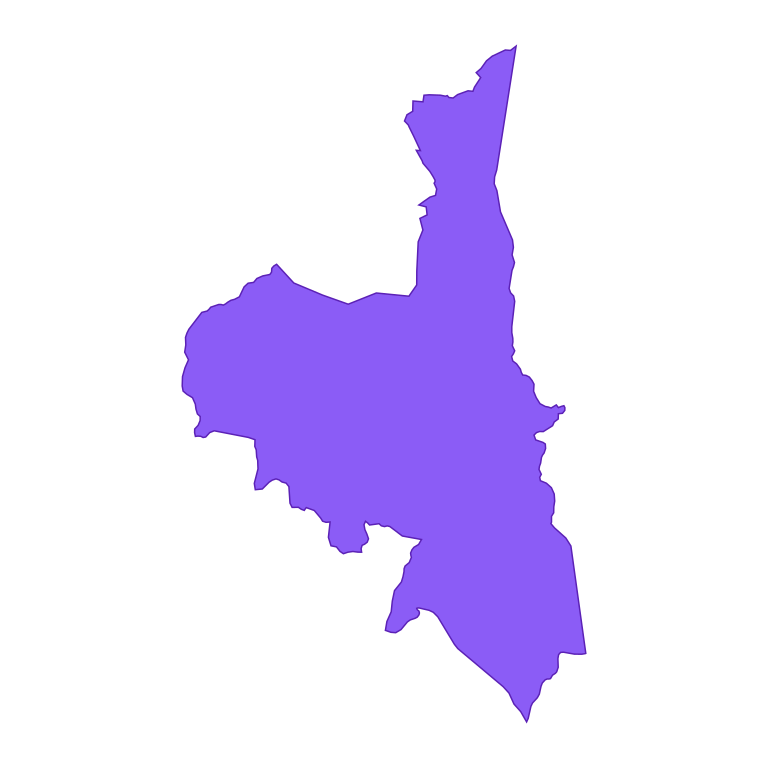 the Region of Assaba
{"feature_id": "MRT-2789", "entity_name": "Assaba", "entity_type": "Region", "adm_level": 1, "iso_a3": "MRT", "parent_name": "Mauritania", "parent_adm1": "", "projection": "natural_earth1", "projection_center": [-11.553, 16.707], "detail": "fine", "context": "isolated", "style": "filled", "palette": "violet", "viewbox_px": 768, "rotation_deg": 0, "n_neighbors": 0, "source": "natural_earth", "source_scale": "10m", "svg_char_len": 3785}
<svg xmlns="http://www.w3.org/2000/svg" viewBox="0 0 768 768"><path d="M526.6,721.9L520.7,711.6L514.0,704.1L509.0,693.1L503.2,686.7L457.8,648.6L454.4,644.3L437.8,616.8L433.3,612.3L429.1,610.3L418.8,607.9L417.2,608.1L416.7,608.3L417.0,609.2L417.4,609.8L418.1,610.4L418.8,610.9L419.2,611.9L419.4,613.0L419.2,614.1L418.8,615.1L417.2,617.2L415.1,618.3L410.3,619.9L407.4,621.9L401.0,629.6L395.7,632.7L390.9,632.3L386.1,630.6L385.4,630.4L386.9,621.5L391.2,611.8L392.3,601.1L394.5,590.6L401.4,582.0L403.0,576.7L404.0,571.6L404.1,568.7L405.1,566.0L409.2,562.6L411.4,557.4L410.9,555.5L410.6,553.1L411.9,549.9L413.9,547.3L418.6,544.5L421.5,539.5L402.3,536.0L389.8,526.5L387.2,525.9L384.5,526.6L381.3,525.8L379.1,523.7L369.6,525.0L367.6,522.9L365.5,521.3L364.0,524.7L364.9,529.6L366.9,534.1L368.5,538.8L367.2,542.2L364.6,544.2L362.1,545.3L361.1,548.7L361.6,552.2L357.8,552.1L352.9,551.5L347.9,552.2L343.4,553.7L340.0,551.4L336.5,546.9L331.0,545.8L328.4,537.3L330.1,522.0L326.0,522.3L322.6,521.2L320.6,518.0L314.3,510.5L306.3,507.6L305.1,509.1L304.3,510.4L301.3,509.3L298.4,507.3L292.1,507.4L290.0,503.2L288.9,486.6L286.1,483.1L282.0,482.0L279.1,479.9L276.0,478.9L272.3,480.1L269.1,482.2L262.3,489.0L255.3,489.7L254.3,483.4L258.0,468.9L257.7,460.4L256.7,457.0L256.2,449.8L254.8,446.4L255.0,439.7L248.3,437.4L214.2,430.8L209.7,432.6L205.7,437.0L203.1,437.5L200.8,436.3L197.8,436.1L195.4,436.4L194.6,432.6L194.7,429.0L198.1,425.4L200.1,420.6L200.2,416.5L197.4,413.9L196.0,409.2L195.3,404.1L192.5,397.7L187.0,394.4L183.1,391.1L182.2,386.0L182.5,376.6L185.0,367.8L188.5,359.8L184.7,352.2L185.8,344.9L185.5,337.4L187.0,333.0L188.9,329.2L201.8,312.4L207.2,311.0L209.2,309.1L210.7,307.2L218.7,304.5L221.1,304.5L223.3,305.1L225.6,303.9L227.6,302.3L230.9,300.3L234.6,299.3L239.4,296.8L244.1,286.9L248.1,283.2L253.6,282.4L256.9,278.5L262.8,275.9L269.8,274.5L271.5,272.2L271.8,268.3L273.8,266.0L276.6,264.3L293.8,283.0L322.6,295.1L348.2,304.2L376.3,293.0L408.9,296.2L416.7,285.0L416.8,271.2L418.2,241.8L422.9,230.0L419.9,218.4L427.1,214.9L426.2,206.9L418.9,205.0L424.3,201.1L430.0,197.1L435.5,195.4L436.7,189.0L434.1,183.2L435.0,181.8L435.0,180.1L433.1,176.6L429.8,171.3L423.0,163.3L422.1,160.7L416.3,150.3L420.4,150.6L413.6,136.0L409.2,127.1L408.3,125.0L404.5,121.0L407.0,114.7L412.7,111.3L413.0,101.0L423.0,101.8L424.0,95.2L429.2,94.8L440.5,95.2L445.5,96.2L447.3,95.6L448.9,97.5L453.1,98.0L457.6,94.6L468.0,90.8L472.9,91.3L474.5,87.1L480.7,77.6L476.2,72.6L481.0,68.5L486.5,60.8L492.3,56.1L505.3,50.0L510.5,50.4L516.1,46.1L496.7,170.0L494.6,176.9L494.2,183.8L496.9,190.6L500.5,211.9L512.5,239.9L513.4,247.3L512.1,254.9L514.5,262.5L513.5,266.6L512.0,270.4L509.1,288.5L510.6,292.8L513.6,296.0L514.7,301.3L511.8,326.7L511.8,332.6L512.8,338.3L512.9,342.0L512.3,345.7L514.7,350.8L513.4,353.8L511.6,356.5L512.8,361.0L516.6,363.9L520.4,369.2L521.3,372.4L522.7,375.0L526.1,375.4L529.4,377.1L532.1,380.6L534.0,384.2L533.6,391.3L536.2,397.6L540.0,403.7L545.3,406.5L548.2,407.0L551.1,408.0L556.3,404.9L558.4,407.6L561.3,406.4L563.9,405.7L564.9,407.7L564.8,410.4L562.5,413.3L558.4,413.7L558.2,419.0L554.2,422.0L552.6,425.7L543.3,431.6L539.6,431.5L536.5,432.6L534.0,435.1L535.7,439.9L543.0,442.4L545.3,444.0L545.6,448.5L544.1,453.0L542.6,455.0L541.5,457.3L540.6,463.2L539.5,466.2L539.0,469.4L541.3,474.3L539.7,477.3L540.4,480.7L546.4,483.2L551.4,487.7L554.2,494.0L554.7,501.1L553.8,506.8L553.7,512.8L551.5,516.3L551.5,522.2L550.9,523.6L554.5,527.9L565.8,538.0L570.9,546.0L585.8,653.4L585.3,653.6L581.8,654.2L574.3,654.1L563.5,652.2L560.6,652.4L558.6,654.6L557.9,658.6L558.2,667.3L556.7,671.8L555.4,673.3L552.5,675.2L550.5,678.6L549.0,679.0L547.2,679.0L545.2,679.8L542.3,683.0L541.0,686.4L539.3,694.2L537.3,697.8L532.5,703.0L530.9,706.4L528.2,718.4L526.6,721.9Z" fill="#8b5cf6" stroke="#5b21b6" stroke-width="1.5"/></svg>